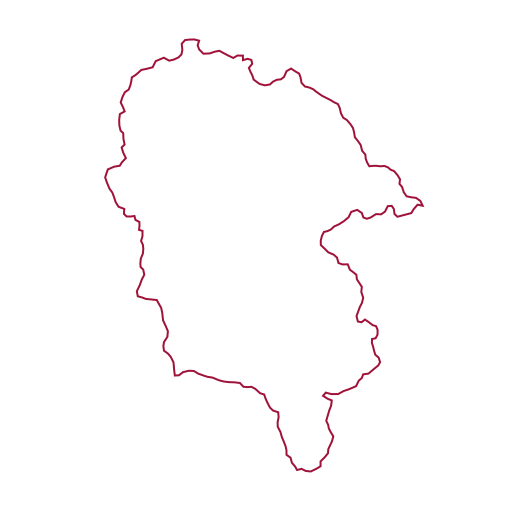 the district of Antônio Carlos, Minas Gerais, Brazil, rotated 7°
{"feature_id": "56859067B18820589356452", "entity_name": "Antônio Carlos", "entity_type": "district", "adm_level": 2, "iso_a3": "BRA", "parent_name": "Brazil", "parent_adm1": "Minas Gerais", "projection": "orthographic", "projection_center": [-43.752, -21.428], "detail": "fine", "context": "isolated", "style": "outline", "palette": "rose", "viewbox_px": 512, "rotation_deg": 7, "n_neighbors": 0, "source": "geoboundaries", "source_scale": "gbopen_adm2", "svg_char_len": 3744}
<svg xmlns="http://www.w3.org/2000/svg" viewBox="0 0 512 512"><g transform="rotate(7 256 256)"><path d="M415.3,185.8L412.4,181.3L407.7,178.8L403.4,178.8L398.2,178.4L394.9,174.7L392.6,169.7L389.6,166.9L389.6,162.3L386.7,158.6L382.7,154.9L379.0,153.9L376.1,151.9L372.5,151.0L368.5,151.8L364.5,151.8L361.0,152.3L357.5,153.1L354.8,149.5L353.0,146.0L352.2,142.1L348.5,138.6L346.4,133.1L343.2,129.5L339.7,126.1L338.2,121.1L336.7,117.2L333.9,113.9L329.7,110.0L325.7,108.1L322.9,104.0L321.1,99.0L318.8,95.2L314.8,93.9L310.9,92.1L306.7,90.6L302.2,89.0L298.9,87.3L295.6,85.5L292.4,83.5L288.5,82.3L283.9,81.8L280.1,78.6L278.5,73.5L276.6,69.7L272.8,68.1L268.0,65.7L263.8,68.8L262.0,74.8L259.2,77.6L255.1,78.6L251.6,80.9L249.0,84.0L244.2,85.5L238.6,84.8L235.3,83.0L232.1,81.1L230.4,77.3L228.1,73.9L226.0,70.2L228.8,65.7L227.5,62.0L223.7,61.3L219.2,63.2L218.6,58.7L213.1,59.3L209.4,62.2L203.9,60.4L198.9,58.5L194.7,56.8L190.5,58.1L185.3,60.6L179.1,61.6L174.4,57.9L172.4,54.0L173.3,49.2L168.4,48.6L164.1,49.2L159.3,50.3L156.4,54.4L157.8,60.4L157.4,65.1L154.8,68.4L150.4,71.1L146.0,72.7L140.4,70.4L136.9,72.4L132.7,74.8L130.4,81.3L124.8,83.5L119.5,85.3L116.5,88.8L113.9,91.5L111.0,93.8L110.9,97.9L110.5,101.7L109.4,106.3L105.9,109.4L104.1,114.3L103.0,120.1L106.1,124.9L108.0,128.5L103.6,131.7L103.6,137.5L104.5,143.2L106.3,148.1L109.2,150.2L110.2,156.1L112.0,161.4L109.4,164.6L111.5,169.4L114.9,174.7L111.5,179.4L109.7,183.1L104.4,184.6L98.4,188.1L97.5,192.2L96.7,196.4L99.1,201.3L102.3,206.9L105.7,210.6L108.0,215.0L110.1,219.6L113.6,223.9L119.5,225.3L119.8,230.3L122.7,232.5L126.7,232.1L130.5,231.1L131.9,234.8L136.1,236.4L136.7,240.4L136.7,244.3L140.3,244.9L140.9,250.2L140.1,255.1L142.4,258.7L143.3,262.8L143.4,267.6L142.0,272.5L142.1,277.3L142.8,281.0L145.7,283.2L147.4,288.2L145.5,293.3L144.2,299.1L142.0,305.5L143.6,310.4L147.8,311.0L151.8,312.0L157.2,311.9L162.9,311.8L166.0,316.1L168.2,319.0L169.9,324.0L171.6,331.2L175.2,337.0L177.7,341.3L177.9,347.0L175.2,352.6L175.0,356.5L176.2,361.2L180.4,363.5L183.6,366.4L187.1,371.7L188.6,378.9L190.0,384.5L194.0,383.8L197.7,380.2L203.3,378.1L208.4,377.7L213.0,379.8L217.4,380.8L222.2,381.8L227.8,382.0L234.1,383.8L239.5,384.5L244.4,384.5L250.1,384.0L255.5,384.0L259.4,387.3L263.4,387.2L267.4,386.4L271.6,388.0L276.8,391.7L281.0,392.5L282.9,396.4L285.2,400.2L288.3,404.7L291.7,407.3L297.1,408.4L298.1,413.3L297.7,418.3L298.4,422.8L301.7,427.7L303.8,432.7L306.0,436.5L308.4,440.9L309.9,445.0L310.5,449.6L314.9,452.0L316.8,456.8L320.6,460.3L322.8,463.4L327.2,461.7L331.6,463.3L336.6,463.2L341.9,459.8L345.7,456.8L345.1,452.0L348.8,447.3L351.5,443.0L351.3,438.9L352.8,434.3L354.0,430.6L354.7,425.6L351.5,421.5L349.3,418.3L348.2,414.8L345.8,411.0L346.7,405.3L347.6,400.0L348.8,395.5L348.8,390.1L344.6,389.0L339.6,386.6L341.9,383.1L347.6,383.9L354.4,383.0L359.5,379.3L363.4,377.5L366.6,375.7L371.2,373.0L373.2,367.2L375.9,364.2L376.8,360.4L382.0,359.0L386.8,353.8L390.7,349.7L392.1,346.2L390.1,341.9L386.4,339.4L384.7,335.5L383.3,331.8L381.6,328.1L381.3,324.2L384.7,323.1L386.2,319.3L385.7,314.5L383.7,311.0L380.2,310.4L376.0,307.9L371.9,305.8L368.8,308.9L365.1,308.6L363.1,303.4L364.3,298.2L365.3,293.9L366.9,289.6L367.5,284.4L364.9,278.9L364.8,273.7L361.5,269.8L359.0,266.9L357.9,262.4L354.6,260.3L350.8,258.1L348.1,253.1L342.8,253.8L338.7,252.9L336.6,247.7L333.0,245.2L327.2,243.5L323.0,240.2L319.0,237.2L318.4,232.7L319.0,228.0L320.5,223.8L323.9,222.6L327.2,220.5L329.9,217.2L334.5,214.4L339.0,210.7L343.2,206.2L345.1,200.6L350.8,197.9L355.8,200.4L357.9,204.7L361.5,205.5L365.0,203.9L370.0,199.8L375.1,199.4L378.6,196.3L380.7,190.5L384.6,189.7L387.0,192.4L388.4,197.4L391.6,199.8L396.3,197.9L401.4,195.9L404.9,194.5L406.8,190.3L410.1,185.4L415.3,185.8Z" fill="none" stroke="#9f1239" stroke-width="2"/></g></svg>